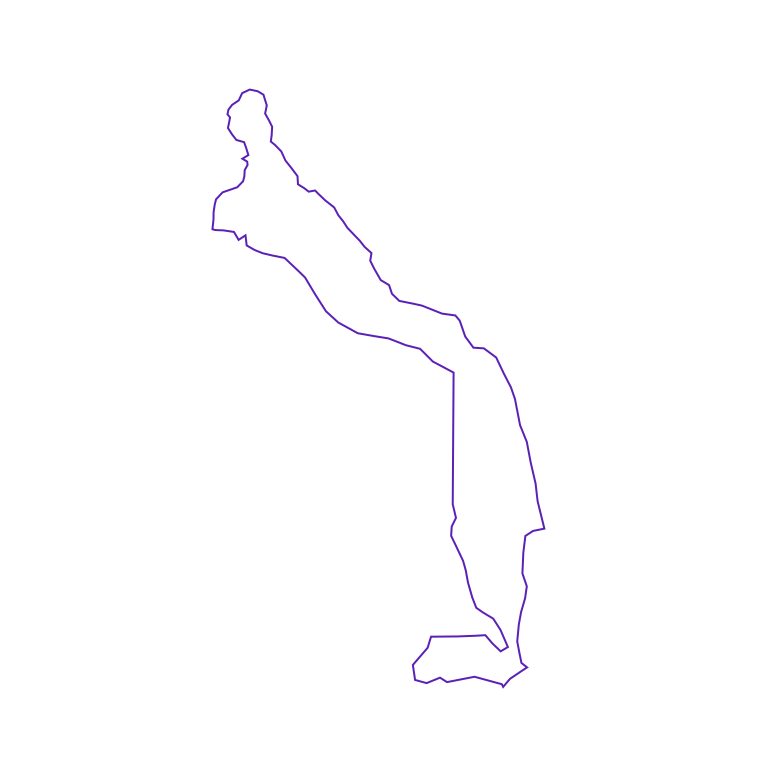 outline of Kato Arodes, Paphos, Cyprus, rotated 242°
{"feature_id": "46923920B59475373128367", "entity_name": "Kato Arodes", "entity_type": "district", "adm_level": 2, "iso_a3": "CYP", "parent_name": "Cyprus", "parent_adm1": "Paphos", "projection": "mercator", "projection_center": [32.375, 34.942], "detail": "fine", "context": "isolated", "style": "outline", "palette": "violet", "viewbox_px": 768, "rotation_deg": 242, "n_neighbors": 0, "source": "geoboundaries", "source_scale": "gbopen_adm2", "svg_char_len": 1915}
<svg xmlns="http://www.w3.org/2000/svg" viewBox="0 0 768 768"><g transform="rotate(242 384 384)"><path d="M579.5,323.3L580.3,331.5L570.8,327.8L563.0,332.7L556.4,338.3L549.5,346.2L542.0,355.4L523.6,361.6L515.1,364.3L495.5,365.3L475.5,366.9L459.7,372.5L441.1,384.7L430.9,397.8L422.1,409.4L408.0,421.5L398.1,432.4L380.8,437.7L361.4,450.8L245.5,388.2L232.0,384.7L226.4,376.9L218.4,372.0L208.1,371.6L190.7,370.8L181.1,368.7L169.1,364.9L154.0,361.7L143.1,360.4L136.0,364.0L125.5,370.3L112.1,371.4L93.6,369.9L93.2,361.5L104.1,357.9L114.6,355.6L118.8,346.5L126.5,330.6L138.8,306.9L130.6,298.7L122.4,277.6L108.1,272.5L99.9,281.2L98.4,295.6L91.2,299.7L83.0,326.5L63.6,347.1L60.6,347.0L64.5,356.7L66.0,370.7L66.5,376.2L66.6,377.3L73.2,374.4L83.0,377.3L94.2,380.8L108.3,390.1L118.2,397.9L128.6,408.0L138.3,415.1L151.8,417.3L169.6,427.8L183.5,437.5L184.3,446.6L181.1,457.4L181.0,457.7L208.4,464.6L224.9,471.1L245.9,476.7L265.8,482.9L283.8,484.8L309.3,492.6L321.3,494.5L336.6,494.7L354.7,495.5L368.6,488.9L374.1,480.0L387.8,478.0L404.4,480.6L411.0,479.2L418.9,468.3L435.5,454.2L442.1,446.4L450.2,436.5L459.9,433.4L468.9,434.9L477.3,429.9L490.4,429.5L499.3,429.7L505.5,434.4L514.0,431.3L521.7,429.9L527.7,428.2L539.1,425.0L547.0,424.3L554.4,422.9L563.3,422.9L573.7,418.3L582.8,415.3L587.2,414.0L589.2,407.8L594.2,405.6L600.7,401.8L608.1,405.2L617.8,403.7L627.6,401.9L637.5,402.5L646.2,400.0L651.2,397.9L656.4,401.6L663.6,406.0L670.7,406.2L678.6,406.0L685.0,411.3L691.5,412.5L696.0,413.4L701.8,409.9L707.0,403.7L707.4,395.3L702.6,388.9L701.8,381.0L699.3,375.5L695.6,372.4L691.6,373.2L685.2,368.0L683.3,366.4L675.9,367.0L668.8,368.2L663.2,374.0L657.6,373.2L649.8,371.7L649.4,364.7L644.6,367.6L641.5,366.4L638.2,361.4L632.8,358.1L629.2,354.8L626.6,346.8L629.0,331.5L625.9,322.4L621.8,318.7L615.4,314.0L609.3,310.7L601.2,305.2L599.2,307.2L595.0,314.4L588.7,322.9L579.5,323.3Z" fill="none" stroke="#5b21b6" stroke-width="2"/></g></svg>